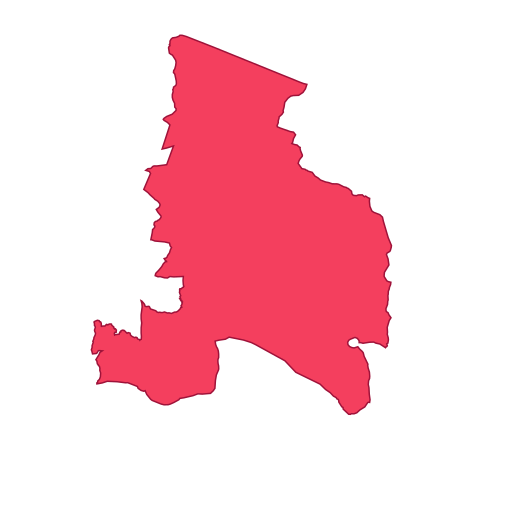 Lambussie-karni, Upper West, Ghana (orthographic projection), rotated 22°
{"feature_id": "2480657B9523556036154", "entity_name": "Lambussie-karni", "entity_type": "district", "adm_level": 2, "iso_a3": "GHA", "parent_name": "Ghana", "parent_adm1": "Upper West", "projection": "orthographic", "projection_center": [-2.645, 10.837], "detail": "fine", "context": "isolated", "style": "filled", "palette": "rose", "viewbox_px": 512, "rotation_deg": 22, "n_neighbors": 0, "source": "geoboundaries", "source_scale": "gbopen_adm2", "svg_char_len": 6134}
<svg xmlns="http://www.w3.org/2000/svg" viewBox="0 0 512 512"><g transform="rotate(22 256 256)"><path d="M416.2,349.2L415.6,346.6L412.7,341.5L410.1,335.9L408.2,333.0L407.1,329.4L407.2,327.1L406.5,324.9L404.6,321.1L401.9,317.8L400.5,315.5L400.3,314.4L393.9,308.6L391.7,305.6L390.3,304.7L387.0,303.5L384.4,302.0L381.4,304.5L379.1,305.0L376.7,304.9L374.4,303.7L373.3,301.5L373.6,299.4L374.5,298.0L377.9,294.7L378.5,294.4L380.8,294.4L382.0,295.1L383.3,295.9L384.1,297.7L385.5,297.1L387.9,296.8L393.8,293.3L397.4,291.7L399.7,291.9L403.8,291.2L410.4,292.5L410.4,291.8L411.0,291.3L411.4,290.1L410.1,288.4L410.9,287.4L410.2,284.2L409.3,282.4L407.0,279.4L406.5,277.5L404.4,273.0L403.7,265.9L404.3,262.7L401.1,260.6L399.7,259.1L397.7,258.7L397.1,258.0L396.2,256.2L396.1,251.6L395.1,248.7L395.0,247.3L393.1,243.2L392.9,241.9L391.9,239.1L391.9,236.7L391.5,235.1L391.5,232.1L390.9,229.8L388.3,230.2L386.6,230.0L382.6,227.1L382.0,225.8L381.2,223.0L382.6,214.5L379.5,209.2L376.4,205.8L376.4,204.2L378.3,201.7L378.5,200.7L378.2,197.6L377.7,195.6L371.7,189.5L361.1,176.1L358.7,172.6L355.4,171.3L348.8,171.4L346.5,170.8L343.0,167.3L340.6,162.7L339.8,160.0L338.0,160.0L335.2,159.4L334.3,160.4L331.6,159.5L327.9,161.1L326.6,162.4L323.5,163.3L321.6,162.4L320.3,160.2L316.2,158.8L315.0,158.9L314.2,158.6L311.3,159.0L305.9,158.5L304.1,158.8L299.7,160.5L295.9,160.7L292.8,161.3L287.3,161.4L284.5,160.4L280.7,159.8L276.8,157.4L272.4,157.8L271.1,157.4L270.0,157.6L269.1,157.2L265.8,157.8L260.4,154.4L260.2,151.6L260.4,149.9L261.5,146.2L261.2,145.1L257.8,141.6L256.4,139.5L256.3,138.8L255.0,138.7L252.5,137.7L250.1,138.2L247.1,138.3L247.4,137.0L246.8,133.1L247.3,128.8L244.4,127.1L241.2,127.8L230.5,128.3L227.4,128.2L226.7,127.3L226.7,124.0L226.0,122.5L225.7,119.5L225.3,118.4L227.0,114.9L227.5,112.3L226.7,111.2L226.2,107.4L225.1,102.7L226.5,97.8L228.3,94.8L230.4,93.3L235.4,91.0L238.3,86.7L239.2,82.5L238.9,77.8L235.5,78.3L231.7,78.4L138.3,78.3L109.2,78.6L105.0,79.0L102.8,79.8L102.1,81.2L100.0,83.2L96.9,85.0L96.1,86.5L95.8,88.3L95.8,89.1L96.6,91.1L96.5,92.6L97.3,92.7L97.3,93.9L96.8,94.8L96.9,95.7L99.7,100.4L102.1,101.0L103.2,101.0L108.1,104.5L109.4,106.5L110.2,109.6L110.6,113.1L110.2,114.9L110.8,116.9L112.1,117.4L112.8,118.1L116.5,123.6L117.6,126.0L117.8,127.2L117.6,128.2L116.3,130.3L116.7,131.8L116.5,132.8L117.6,134.6L117.9,137.6L119.0,140.3L120.7,142.6L123.3,144.9L124.9,148.4L126.8,149.4L127.3,151.1L125.2,155.9L120.9,160.1L119.2,162.7L118.8,164.0L119.9,164.7L123.8,165.3L127.1,166.7L128.9,192.0L132.5,189.5L138.3,184.9L139.0,204.8L130.3,209.7L127.7,210.7L126.7,211.7L126.0,213.6L125.4,214.4L123.1,215.5L121.7,217.9L125.5,217.6L127.3,219.0L127.0,236.3L132.2,237.7L134.9,239.0L139.7,240.7L141.0,241.4L144.4,242.0L146.8,243.3L148.0,244.5L148.0,247.1L146.1,250.2L148.6,252.1L152.6,254.3L153.1,254.7L153.4,255.6L153.2,257.0L152.5,258.8L151.6,259.7L151.3,260.6L149.8,261.7L149.2,263.2L149.7,265.2L150.4,265.9L150.9,266.0L151.3,267.0L150.9,268.9L150.2,270.1L151.1,273.3L152.4,280.3L153.5,280.0L156.6,280.0L165.9,277.2L170.9,276.4L172.7,278.8L174.5,279.8L174.3,282.1L174.6,285.5L173.9,288.5L173.9,290.5L173.4,291.5L171.8,292.8L173.5,294.0L175.0,294.4L175.2,294.7L174.1,295.2L173.0,297.9L172.6,301.1L171.1,305.8L169.7,309.2L169.6,310.3L169.9,312.0L172.9,312.0L174.9,311.0L179.3,310.5L182.2,309.5L183.8,307.3L187.5,306.2L196.3,302.2L197.5,306.0L199.4,309.9L200.5,311.3L200.3,312.3L199.6,312.7L199.1,314.3L197.7,314.9L197.8,316.1L198.2,316.4L198.7,318.5L201.1,321.1L200.7,322.1L202.1,323.8L201.3,324.1L202.8,325.3L203.2,325.2L203.4,325.6L203.9,325.3L204.4,326.2L204.9,326.2L204.8,326.9L205.3,327.2L205.2,328.1L205.5,328.8L205.1,330.0L206.4,331.3L206.2,331.6L205.6,331.7L205.4,333.7L204.1,336.6L203.1,337.8L201.4,338.6L199.2,340.9L196.6,341.3L195.4,342.0L192.1,342.2L190.6,343.4L188.8,344.1L188.0,344.1L186.5,345.0L185.1,345.0L183.6,344.3L178.0,344.6L176.2,343.0L175.5,342.8L173.1,344.1L171.8,344.0L170.9,342.7L170.0,342.1L167.1,340.6L166.2,340.5L167.9,342.6L169.5,345.8L171.5,353.5L173.1,357.4L175.1,360.9L176.4,365.5L178.4,370.5L179.9,373.5L180.8,376.2L179.9,377.1L179.8,377.6L179.1,377.1L177.8,377.3L177.0,377.1L176.4,376.3L175.7,376.2L174.8,376.4L174.0,377.2L171.2,377.0L169.4,376.4L168.1,374.7L166.1,374.9L165.5,375.9L165.2,375.9L161.8,374.4L161.1,374.7L160.5,374.5L159.7,375.0L158.8,376.0L159.0,377.1L158.3,377.5L158.4,379.8L154.9,381.7L154.5,382.2L153.6,380.7L153.7,379.7L154.9,379.1L154.3,377.0L153.0,376.2L152.6,376.2L152.3,376.7L152.0,376.6L151.4,375.9L150.9,375.9L150.6,375.0L148.3,374.3L147.5,373.3L147.1,373.3L145.3,374.1L144.9,374.9L143.8,375.6L143.3,375.3L142.9,375.5L142.2,377.5L140.2,378.3L139.5,379.0L139.0,379.1L137.7,376.3L136.6,375.3L135.8,375.5L134.8,374.7L133.0,375.0L130.6,377.4L130.9,377.8L130.8,378.4L131.5,379.1L132.3,381.0L133.3,381.6L133.8,382.4L134.0,385.2L134.8,386.4L136.1,387.6L136.5,389.4L136.3,392.3L136.7,393.7L136.7,396.3L137.4,396.7L137.6,400.5L138.3,402.2L138.5,404.7L139.3,405.5L141.1,408.0L144.5,406.2L144.9,405.5L145.3,402.9L145.8,402.5L149.0,401.5L147.4,403.9L147.4,406.1L146.4,412.1L147.8,413.0L149.3,415.4L150.6,416.0L150.8,416.5L152.2,417.0L153.4,418.7L154.0,420.5L155.8,422.7L157.0,426.4L157.0,429.1L156.1,431.2L156.6,433.0L156.4,433.6L156.1,433.6L156.4,434.2L161.1,431.2L165.0,427.9L174.3,424.6L182.6,422.4L184.5,421.5L194.9,421.4L196.3,422.9L199.8,423.7L202.7,423.4L203.6,422.4L206.6,425.3L212.0,428.3L213.8,428.8L223.4,428.8L226.5,428.4L230.4,426.7L232.0,425.4L234.7,422.6L238.3,418.2L238.8,416.5L242.2,414.5L249.9,409.1L253.7,405.6L258.0,404.1L265.3,400.4L267.0,396.6L267.0,395.9L267.5,394.2L265.0,386.6L263.8,381.1L263.9,375.6L263.7,374.6L262.5,371.9L261.1,369.9L260.1,367.9L259.5,366.3L259.4,364.1L258.1,360.9L256.6,358.1L254.8,356.0L253.7,355.3L251.7,353.1L250.0,350.2L253.2,347.9L258.8,344.6L261.5,341.3L275.9,338.6L284.0,338.0L288.6,338.3L322.0,342.3L336.5,348.9L363.4,350.8L370.5,353.7L376.0,354.9L380.3,356.9L383.0,357.2L383.8,357.5L384.3,358.1L386.0,358.2L386.7,358.9L387.6,360.5L392.1,363.7L393.4,363.8L394.2,365.3L401.2,368.0L402.9,367.4L403.5,366.5L406.0,365.6L408.2,363.6L410.0,359.8L413.4,355.2L414.5,350.0L415.2,349.4L416.2,349.2Z" fill="#f43f5e" stroke="#9f1239" stroke-width="1.5"/></g></svg>